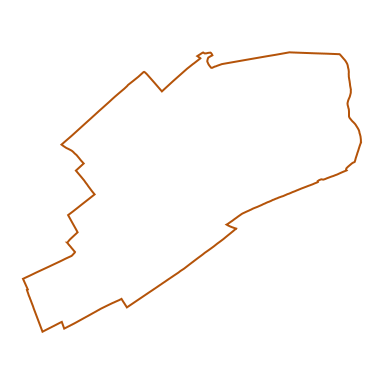 the district of Ciohorani, Iasi, Romania
{"feature_id": "2599482B37137695584256", "entity_name": "Ciohorani", "entity_type": "district", "adm_level": 2, "iso_a3": "ROU", "parent_name": "Romania", "parent_adm1": "Iasi", "projection": "mercator", "projection_center": [26.705, 47.134], "detail": "fine", "context": "isolated", "style": "outline", "palette": "amber", "viewbox_px": 384, "rotation_deg": 0, "n_neighbors": 0, "source": "geoboundaries", "source_scale": "gbopen_adm2", "svg_char_len": 5519}
<svg xmlns="http://www.w3.org/2000/svg" viewBox="0 0 384 384"><path d="M339.6,54.2L327.2,53.7L314.7,53.3L290.5,52.4L289.6,52.3L275.6,54.8L267.7,56.1L245.8,59.9L221.9,64.1L218.8,65.2L218.0,65.5L217.6,65.6L215.7,66.4L214.7,66.6L214.3,66.8L213.7,67.1L212.2,67.8L211.2,67.8L210.0,66.4L208.6,64.5L208.1,63.4L207.5,62.0L207.3,61.6L207.3,61.0L207.3,60.9L207.6,59.6L207.9,58.5L208.1,58.1L208.3,57.6L208.5,57.5L210.6,56.2L211.5,55.8L212.4,55.3L212.0,54.4L211.3,53.4L210.9,52.9L210.4,52.6L209.0,52.8L208.1,52.9L207.3,53.1L206.5,53.3L205.3,53.4L204.6,53.4L203.1,52.5L201.6,53.3L200.3,54.2L199.5,54.7L198.5,55.3L197.3,56.1L198.2,56.7L198.7,57.1L199.0,57.3L199.8,57.8L200.3,58.2L200.4,58.3L200.2,58.5L193.9,63.4L192.9,64.1L187.1,68.7L181.8,73.4L173.0,81.2L164.7,88.8L161.9,91.4L154.4,82.7L146.8,74.1L145.0,72.4L144.5,72.1L144.1,71.9L143.9,72.0L143.5,72.1L138.3,76.8L133.2,80.9L128.1,84.9L127.0,86.2L124.2,88.8L119.2,93.0L115.0,96.6L112.0,99.3L109.1,102.0L105.3,105.4L102.4,108.0L99.9,110.2L98.9,111.1L91.0,118.3L84.9,123.8L72.0,135.5L66.8,140.0L61.5,144.6L63.1,145.8L65.3,147.3L66.4,148.0L67.7,148.6L68.3,148.9L69.3,149.4L71.0,150.3L71.7,150.7L72.5,151.3L73.7,152.4L74.4,153.2L75.9,154.5L76.6,155.1L79.4,158.5L80.9,160.4L83.7,163.5L75.9,170.6L81.9,177.7L82.3,178.2L84.2,180.5L85.3,182.1L86.1,183.2L86.9,184.2L87.6,185.2L88.1,186.0L88.3,186.2L89.0,187.2L89.7,188.1L90.8,189.6L91.9,191.1L94.2,193.9L94.6,194.4L88.4,199.3L82.0,204.3L77.1,208.2L72.9,211.5L71.7,212.4L70.5,213.3L68.1,215.1L71.9,222.0L76.1,229.5L77.6,232.3L71.8,237.7L70.0,239.4L69.8,239.6L68.6,241.0L67.3,242.7L67.2,242.7L67.4,242.9L68.8,244.7L70.3,246.4L71.0,247.2L71.1,247.4L72.8,249.4L74.2,251.1L74.5,251.4L75.0,252.0L74.8,252.5L72.7,254.8L71.6,255.9L65.7,258.6L61.7,260.6L48.8,266.7L36.3,272.5L29.7,275.7L23.0,278.8L27.8,289.5L26.9,289.9L28.2,293.6L28.8,295.5L29.8,297.8L30.1,298.8L30.7,300.2L31.7,302.9L33.1,306.5L33.4,307.5L33.7,308.4L42.5,331.7L60.9,322.3L61.8,321.9L64.2,328.6L75.1,323.0L83.8,318.2L91.6,313.9L100.9,308.7L107.2,305.6L112.8,302.9L113.6,302.6L116.2,301.4L119.2,300.1L120.9,299.2L121.0,299.2L121.5,298.9L123.3,301.8L124.5,303.6L125.0,304.4L126.9,307.4L142.0,297.2L147.9,293.2L152.4,290.2L160.2,284.9L168.7,279.1L173.6,275.8L177.8,273.0L178.7,272.4L179.4,271.8L180.3,271.1L181.2,270.5L184.0,268.7L190.2,263.9L198.1,257.9L200.7,256.0L202.7,254.5L204.8,252.8L208.4,250.3L210.5,248.8L213.8,246.4L217.3,243.6L220.2,241.5L223.5,239.0L225.9,237.0L228.1,235.2L229.1,234.4L230.1,233.6L231.8,232.2L232.8,231.4L234.1,230.3L235.0,229.5L236.0,229.0L236.2,228.6L234.5,228.1L234.0,227.9L232.9,227.5L232.0,227.2L231.1,226.8L230.3,226.5L229.2,226.0L228.4,225.6L227.6,225.2L226.6,224.6L227.5,224.1L228.4,223.5L229.1,223.0L229.8,222.5L231.1,221.6L232.3,220.8L234.0,219.5L235.1,218.7L236.1,218.0L238.4,216.3L240.0,215.2L241.4,214.2L242.0,213.8L242.8,213.4L243.3,213.1L244.3,212.7L245.5,212.1L247.5,211.2L249.1,210.5L250.1,210.0L251.5,209.4L252.5,208.8L253.0,208.6L253.7,208.3L254.7,207.9L255.7,207.5L256.8,207.1L258.0,206.6L259.1,206.1L259.8,205.8L260.7,205.4L261.7,205.0L262.2,204.7L263.0,204.3L263.9,203.9L264.9,203.5L265.5,203.2L266.1,202.9L267.2,202.4L268.2,202.0L269.4,201.6L270.2,201.2L270.8,201.0L272.1,200.3L272.9,199.9L273.7,199.7L274.3,199.4L275.2,199.0L276.2,198.6L277.1,198.3L277.8,198.0L278.4,197.7L279.2,197.4L280.7,196.9L281.4,196.6L282.5,196.3L283.6,195.9L284.6,195.4L285.7,195.0L286.4,194.6L286.9,194.4L287.9,194.0L288.9,193.7L289.4,193.5L290.8,192.9L291.9,192.4L292.8,192.0L293.4,191.8L295.0,191.2L296.8,190.4L297.9,190.0L299.0,189.5L299.6,189.3L301.2,188.6L303.6,187.7L304.9,187.2L306.5,186.6L308.0,186.0L309.1,185.6L310.0,185.3L311.0,184.9L312.1,184.5L313.1,184.1L314.6,183.4L315.7,183.0L316.4,182.7L317.0,182.5L317.5,182.2L317.9,182.0L317.8,181.7L317.6,181.5L317.6,181.2L318.5,180.6L319.2,180.1L320.0,179.8L321.0,179.4L321.4,179.3L322.4,179.5L323.4,179.6L325.3,179.0L326.6,178.4L329.0,177.5L330.3,177.0L331.7,176.5L333.3,176.0L334.5,175.5L335.5,175.1L336.7,174.7L337.6,174.3L338.5,173.9L339.3,173.5L340.2,173.1L342.0,172.3L343.2,171.8L343.8,171.5L344.5,171.3L345.1,171.0L345.6,170.7L346.2,170.6L346.6,170.4L346.3,170.1L346.1,169.7L346.1,169.2L346.3,168.7L346.5,168.2L348.0,166.7L349.3,165.6L350.6,164.5L351.9,163.4L353.2,162.6L354.2,162.2L354.7,161.9L355.2,160.3L355.8,158.0L356.3,156.5L357.0,154.4L357.4,153.0L357.9,151.6L358.2,150.7L358.5,149.8L358.8,148.7L359.0,148.1L359.4,146.9L359.6,146.2L360.0,145.1L360.2,144.4L360.7,143.3L361.0,142.4L360.8,142.3L360.8,142.1L360.9,141.6L360.9,140.7L360.9,139.9L360.7,138.1L360.5,136.4L360.2,135.3L360.0,134.4L359.5,133.0L359.4,132.2L359.2,131.2L358.9,130.4L358.7,130.0L358.6,129.6L358.0,128.6L357.5,127.7L357.1,127.1L356.8,126.6L356.2,125.7L355.6,124.7L354.9,123.8L353.5,122.3L352.6,121.5L351.6,120.4L350.5,119.0L349.8,118.2L349.3,117.3L349.0,116.4L349.0,116.2L349.0,115.5L349.0,114.6L349.0,113.5L349.0,112.5L349.0,111.7L348.9,110.3L348.8,109.3L348.6,108.5L348.4,108.0L348.1,106.6L347.8,105.5L347.6,104.8L347.6,104.1L347.5,103.5L347.7,102.3L347.9,101.6L348.0,101.1L348.2,100.4L348.5,99.7L348.8,98.9L349.3,97.8L349.6,97.1L349.8,96.7L350.0,95.8L350.2,95.2L350.4,94.3L350.6,93.6L350.8,92.6L350.8,91.6L350.8,90.1L350.9,89.5L350.7,88.7L350.5,87.6L350.3,86.6L350.1,85.5L350.0,84.4L349.9,83.4L349.7,82.2L349.6,81.2L349.4,80.3L349.2,79.1L349.0,77.9L348.9,77.3L348.8,76.6L348.8,76.2L348.8,75.2L348.7,73.9L348.8,72.9L348.8,71.7L348.6,69.7L348.0,67.2L347.7,65.4L347.2,63.9L346.5,62.6L345.6,61.1L344.7,59.9L343.7,58.8L342.6,57.5L341.3,56.0L340.7,55.3L339.6,54.2Z" fill="none" stroke="#b45309" stroke-width="2"/></svg>